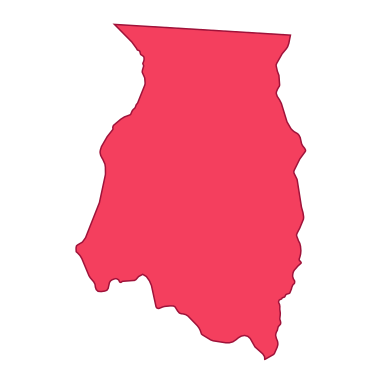 map outline of Wadi Fira (orthographic projection), rotated 93°
{"feature_id": "TCD-1473", "entity_name": "Wadi Fira", "entity_type": "Prefecture", "adm_level": 1, "iso_a3": "TCD", "parent_name": "Chad", "parent_adm1": "", "projection": "orthographic", "projection_center": [21.824, 14.959], "detail": "fine", "context": "isolated", "style": "filled", "palette": "rose", "viewbox_px": 384, "rotation_deg": 93, "n_neighbors": 0, "source": "natural_earth", "source_scale": "10m", "svg_char_len": 3655}
<svg xmlns="http://www.w3.org/2000/svg" viewBox="0 0 384 384"><g transform="rotate(93 192 192)"><path d="M355.3,110.6L352.7,110.9L350.0,112.8L343.4,121.0L335.2,126.2L333.2,128.7L332.5,132.0L333.3,135.2L335.0,137.9L337.3,140.4L339.5,143.4L340.6,146.8L340.8,150.4L339.5,163.0L338.8,165.4L334.1,174.1L333.3,175.1L329.8,176.5L327.4,177.9L325.3,179.6L316.0,189.6L314.8,191.8L314.2,194.5L314.1,196.5L313.5,198.3L311.5,200.2L307.6,202.9L306.8,204.5L306.8,207.3L307.7,213.3L308.3,215.2L309.9,218.6L310.1,219.6L309.6,221.1L308.5,221.9L287.5,227.6L283.0,229.8L278.8,233.1L276.8,236.9L279.2,240.9L282.4,243.4L283.3,244.8L284.8,256.5L285.1,257.1L285.6,257.7L286.0,258.3L285.9,259.1L285.4,259.7L284.0,260.4L283.5,260.8L282.6,262.7L282.5,263.5L282.8,264.8L283.8,267.1L285.0,268.7L286.8,269.7L292.7,270.7L294.6,271.9L295.5,274.0L296.2,277.5L296.1,280.6L294.5,282.5L292.1,283.5L289.3,284.0L286.9,285.4L283.0,289.1L281.0,290.5L264.3,298.5L261.3,300.5L258.8,303.1L257.7,304.5L254.9,304.8L253.2,304.8L251.8,304.5L250.7,303.3L248.1,299.3L247.6,298.7L243.2,295.9L207.5,283.9L179.4,279.4L178.0,279.4L171.7,279.8L168.7,280.4L163.8,282.9L163.0,283.5L161.1,284.6L160.2,285.1L158.1,285.7L156.9,285.9L154.9,285.7L151.4,284.8L141.2,279.6L133.8,274.4L133.3,274.3L132.6,274.3L131.4,274.5L130.5,274.2L129.8,274.0L129.3,273.6L123.1,267.0L120.6,263.5L118.4,258.4L118.2,258.0L117.9,257.5L117.4,257.2L114.4,256.1L113.6,255.7L112.7,255.0L111.2,253.5L110.7,253.2L110.2,253.0L107.9,252.3L107.4,252.0L106.5,251.3L106.1,251.0L87.6,244.7L86.8,244.6L85.8,244.5L81.1,245.1L80.6,245.2L80.1,245.4L75.2,247.9L74.6,248.0L73.9,248.0L72.6,247.8L68.9,246.9L68.4,246.9L67.9,247.1L66.9,247.6L66.4,247.8L66.0,247.8L65.5,247.6L65.0,247.4L64.4,247.2L63.1,246.9L62.5,246.8L60.6,246.9L59.8,247.1L59.2,247.5L58.4,248.6L57.7,249.9L57.3,250.4L56.8,250.7L54.2,251.5L53.9,251.8L53.5,252.5L53.0,254.0L51.3,255.1L45.4,259.9L28.7,278.2L30.2,101.9L38.5,103.1L41.9,104.1L44.0,105.3L49.2,109.2L59.0,114.1L60.5,114.6L61.1,114.6L61.8,114.5L66.9,113.1L71.0,111.3L80.5,110.1L81.3,110.2L81.9,110.4L82.9,111.0L84.7,111.9L87.1,112.8L88.3,113.0L89.2,113.0L91.3,112.2L92.3,111.7L95.3,109.5L98.9,107.4L117.0,100.8L123.6,96.5L125.1,94.9L126.4,93.2L128.2,89.7L128.5,89.3L129.3,88.5L130.1,87.9L132.0,86.8L138.1,85.1L140.0,84.0L142.5,81.8L144.0,80.9L144.5,80.8L145.1,80.8L146.1,81.3L153.4,86.1L165.0,91.1L166.2,91.4L167.0,91.3L167.7,91.2L173.8,87.8L174.9,87.5L201.4,81.9L206.8,80.1L210.6,79.3L211.7,79.2L213.3,79.3L213.9,79.5L222.4,82.5L227.2,84.7L229.0,85.3L229.8,85.3L230.4,85.2L235.2,83.1L237.6,81.7L240.5,80.8L244.9,80.2L248.2,80.3L250.9,80.8L253.6,81.5L254.1,81.4L254.6,81.2L255.9,79.9L256.6,79.4L257.0,79.3L257.4,79.4L260.3,82.3L264.5,85.6L265.5,86.2L266.8,86.7L267.7,86.9L269.3,87.1L270.3,87.1L271.0,87.1L271.6,86.9L273.2,86.3L273.7,86.1L274.8,85.3L275.6,84.8L276.4,84.8L277.2,84.8L277.8,84.9L278.2,85.2L279.0,86.0L279.4,86.3L279.9,86.6L282.2,87.4L283.5,87.6L287.6,89.0L288.1,89.5L288.4,90.2L289.0,91.9L289.3,92.4L289.6,92.8L290.0,93.1L290.4,93.3L291.2,93.6L291.7,93.8L292.1,94.2L292.3,94.7L292.7,95.8L292.9,96.2L293.4,96.6L293.9,96.8L294.2,97.2L294.5,97.7L294.7,98.2L294.9,98.7L295.3,99.2L296.0,99.5L297.0,99.8L297.7,99.7L298.3,99.5L299.7,98.7L300.3,98.6L301.5,98.3L304.6,98.2L308.3,97.5L310.5,97.5L313.5,97.7L314.4,97.7L316.4,96.9L317.7,96.6L318.6,96.6L319.2,96.7L319.7,97.0L321.8,98.7L322.3,98.9L322.9,99.1L325.5,99.5L326.1,99.7L326.7,100.1L327.5,100.4L328.9,100.8L329.8,100.9L330.6,101.0L331.8,100.7L334.0,100.0L336.1,99.0L336.9,98.7L338.3,98.4L339.3,98.3L340.1,98.3L342.5,98.8L348.8,101.2L349.3,101.5L349.7,101.8L350.1,102.2L355.2,110.2L355.3,110.6L355.3,110.6Z" fill="#f43f5e" stroke="#9f1239" stroke-width="1.5"/></g></svg>